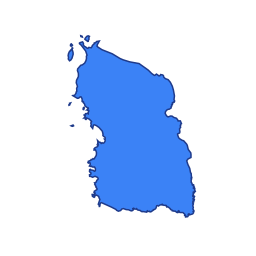 Sumbawa Barat, Nusa Tenggara Barat, Indonesia, rotated 344°
{"feature_id": "22746128B87271379033569", "entity_name": "Sumbawa Barat", "entity_type": "district", "adm_level": 2, "iso_a3": "IDN", "parent_name": "Indonesia", "parent_adm1": "Nusa Tenggara Barat", "projection": "natural_earth1", "projection_center": [116.899, -8.8], "detail": "fine", "context": "isolated", "style": "filled", "palette": "blue", "viewbox_px": 256, "rotation_deg": 344, "n_neighbors": 0, "source": "geoboundaries", "source_scale": "gbopen_adm2", "svg_char_len": 5770}
<svg xmlns="http://www.w3.org/2000/svg" viewBox="0 0 256 256"><g transform="rotate(344 128 128)"><path d="M124.4,36.5L121.6,36.2L120.2,37.2L119.1,36.9L118.7,37.7L116.4,38.9L116.1,39.6L114.8,40.7L112.5,39.7L111.4,40.4L110.8,40.1L109.6,38.4L108.6,37.6L108.0,35.6L108.5,34.4L108.1,32.7L105.4,32.7L104.7,33.0L104.6,33.6L105.8,35.4L108.5,42.3L108.7,46.7L107.8,47.5L107.3,49.6L106.2,51.6L104.2,53.7L101.6,54.7L99.8,54.7L95.9,57.3L95.2,58.9L95.4,61.5L94.9,63.6L94.4,65.0L91.7,67.9L90.7,70.3L90.9,73.2L90.7,74.3L90.9,74.2L91.1,74.1L89.6,75.6L88.9,78.6L88.0,79.2L87.7,80.2L85.7,81.8L84.6,82.0L84.2,81.5L83.8,81.6L87.5,85.5L88.8,85.7L90.7,84.9L91.3,85.0L91.6,85.6L91.9,87.5L91.2,89.8L91.4,90.1L91.9,89.9L92.4,90.8L92.1,91.4L92.8,92.8L92.8,95.0L94.9,97.8L95.2,97.4L95.1,97.0L95.2,98.4L93.5,99.3L94.3,99.5L94.2,99.9L95.0,100.3L95.1,100.8L94.3,101.6L93.7,103.4L92.9,102.6L91.8,102.9L91.1,102.5L90.3,103.5L89.4,103.4L89.4,103.9L90.2,104.4L90.0,105.2L88.7,106.1L89.5,106.1L89.6,106.7L90.1,106.8L89.4,107.3L89.5,108.0L90.1,108.2L90.8,107.3L91.3,107.3L93.0,108.6L94.5,111.0L94.7,111.9L94.1,112.2L93.6,113.2L93.6,114.7L92.7,115.9L93.9,118.7L95.5,115.8L96.4,115.6L98.1,116.8L100.3,119.5L102.4,124.0L102.3,127.0L101.8,128.2L102.2,129.3L103.1,130.2L103.4,131.3L102.9,132.3L102.3,132.2L102.8,133.2L102.3,134.4L101.1,135.5L100.2,135.8L99.2,135.3L98.8,134.5L98.8,135.4L98.0,135.5L97.5,134.2L96.4,133.7L95.3,131.7L95.2,133.3L94.5,134.7L94.9,134.9L94.8,136.1L94.4,136.5L93.9,136.2L94.0,137.1L93.5,137.5L90.9,137.9L89.6,138.7L89.3,139.9L90.6,140.0L90.9,141.3L90.9,143.1L90.0,145.5L86.9,148.4L86.2,148.3L85.9,147.8L84.8,148.4L83.9,148.1L83.3,148.8L80.6,149.1L80.5,149.9L80.0,150.1L80.2,150.8L81.7,150.9L82.0,151.4L81.6,152.8L80.4,153.9L81.7,154.8L82.5,154.7L82.7,155.3L83.5,155.9L85.1,156.3L85.5,158.2L84.8,160.1L83.8,160.3L82.8,159.0L81.1,158.3L80.3,157.3L79.7,157.5L79.8,158.2L79.2,158.5L79.0,159.0L79.2,159.9L79.9,160.6L79.9,161.5L79.4,162.2L78.1,162.3L77.8,163.9L78.7,164.2L80.4,165.6L83.0,165.3L85.1,167.1L85.4,168.3L84.9,169.2L83.7,169.6L82.4,171.3L80.9,171.5L81.2,171.9L80.5,172.9L81.0,174.0L80.7,174.4L81.2,175.9L80.9,176.2L81.5,177.6L81.2,178.6L78.2,179.5L78.1,180.4L77.8,180.2L77.5,180.7L77.9,181.2L78.3,181.2L78.3,181.9L76.1,182.9L75.7,182.1L75.2,182.0L75.0,183.9L76.3,185.3L77.2,184.9L77.2,184.0L77.6,183.6L79.2,183.8L81.0,185.7L80.9,187.0L81.3,188.9L78.4,193.1L78.6,193.7L79.2,194.2L78.8,195.5L79.1,195.6L79.6,194.9L79.9,193.9L80.9,192.6L81.9,192.4L90.3,199.5L94.0,203.0L94.3,203.9L95.8,205.3L98.2,205.3L99.7,204.2L101.4,204.2L103.7,205.9L106.1,206.8L107.7,208.2L108.8,208.7L109.9,208.5L110.5,208.1L110.4,206.8L111.2,206.6L111.7,207.0L111.7,207.6L113.6,208.3L114.1,208.0L114.5,209.3L117.2,210.8L117.7,211.8L118.6,212.4L119.1,212.3L122.7,214.0L123.1,213.3L123.8,213.0L124.0,213.7L125.7,214.0L125.9,214.6L126.9,214.9L129.6,214.0L129.9,213.5L130.4,213.7L132.1,213.3L133.0,212.5L134.1,210.7L135.0,210.7L135.8,211.4L137.1,210.9L139.8,210.8L139.7,211.5L140.6,211.6L141.1,212.2L143.1,212.8L143.2,213.5L143.5,213.5L143.6,214.7L144.4,214.6L145.4,215.8L146.5,217.4L146.4,218.0L147.8,219.3L147.8,219.8L148.2,219.7L149.2,220.6L150.4,220.9L151.5,222.4L152.0,222.4L152.1,222.9L152.8,223.0L153.3,221.7L153.9,221.5L154.3,222.1L154.2,223.1L154.7,223.6L157.5,224.4L158.9,226.8L158.4,227.6L158.9,227.8L158.8,229.1L159.4,228.8L159.6,229.5L160.9,229.7L161.5,229.2L162.1,228.2L162.0,227.6L162.4,227.3L163.2,227.5L163.3,228.5L166.5,228.4L167.7,227.5L167.6,226.2L168.6,226.0L168.1,223.7L168.9,222.3L168.8,220.7L169.8,219.2L169.4,218.7L170.3,218.0L169.8,217.5L169.9,216.9L170.6,216.0L170.8,216.5L171.4,216.3L171.2,215.8L172.1,215.1L171.9,214.3L171.0,214.6L171.0,213.8L172.4,213.0L172.4,212.0L172.9,212.3L173.1,212.1L172.4,211.3L171.5,211.5L171.5,211.1L171.9,210.5L172.4,210.9L172.5,209.4L173.2,208.9L172.8,208.4L173.1,207.7L174.2,208.1L174.3,207.3L175.2,207.4L175.0,205.5L175.5,205.0L174.5,204.0L175.4,203.6L175.5,203.0L174.7,202.7L175.4,201.2L174.5,200.8L174.9,200.4L174.2,200.0L174.2,198.4L173.8,197.8L174.4,195.3L175.2,194.4L174.8,193.5L175.7,193.1L175.6,191.9L176.1,189.6L176.2,188.9L175.8,188.4L176.2,183.8L175.5,179.5L175.4,175.7L177.2,174.3L180.4,173.7L181.2,171.1L181.5,169.2L180.0,165.2L180.2,161.0L179.9,159.6L178.0,155.6L176.5,154.6L174.5,152.3L174.0,151.2L173.8,148.3L174.1,147.3L176.2,147.0L176.8,146.1L177.3,143.0L178.8,141.8L178.8,140.3L179.3,140.1L179.6,138.9L180.6,138.6L180.3,135.6L178.1,135.0L178.1,134.2L177.3,132.0L174.9,130.4L173.6,128.7L172.1,128.2L169.9,128.4L169.1,128.0L168.3,126.6L167.8,124.2L168.5,122.7L170.1,121.5L171.7,121.1L172.9,121.3L175.0,120.6L175.4,119.3L176.3,118.8L176.3,117.7L177.2,117.6L177.4,116.2L177.8,115.9L178.4,116.2L178.9,115.6L179.5,115.9L180.2,115.1L180.3,114.3L180.0,113.5L181.5,110.0L182.1,104.1L182.1,100.0L181.3,95.7L179.9,92.6L177.6,90.9L176.7,89.6L176.4,88.9L176.5,87.5L176.0,86.6L174.1,85.6L173.2,86.5L172.2,86.5L170.2,84.0L168.2,84.8L167.4,84.2L165.7,82.0L163.4,77.9L156.4,69.1L147.9,64.9L142.2,61.2L139.5,59.0L133.3,52.3L124.6,45.6L121.6,42.2L120.8,40.9L121.4,39.5L124.4,36.5ZM96.0,37.3L95.5,36.7L94.3,37.4L94.4,37.7L93.9,38.1L93.0,38.1L91.3,40.1L90.4,41.9L90.3,43.7L89.6,45.2L90.3,47.3L91.6,47.0L93.4,45.5L95.6,42.0L96.0,40.2L96.0,37.3ZM115.1,28.4L113.5,28.6L111.4,30.1L111.0,30.9L113.2,33.7L113.7,33.7L114.0,32.9L115.0,31.9L115.3,30.3L116.2,29.3L115.1,28.4ZM96.7,31.5L96.0,31.7L95.5,32.5L95.4,33.1L95.9,33.7L96.8,33.7L97.5,33.1L96.7,31.5ZM90.5,98.1L91.6,96.6L91.3,96.0L90.8,96.1L90.2,97.0L90.0,97.8L90.5,98.1ZM76.3,110.9L76.0,110.0L73.9,110.2L74.8,111.0L75.5,111.1L76.3,110.9ZM78.3,89.8L79.1,88.6L78.6,88.5L77.5,89.5L77.5,89.9L78.3,89.8ZM109.2,28.0L109.2,27.2L108.0,26.3L107.9,27.1L109.2,28.0ZM96.4,36.3L96.9,36.0L96.8,35.7L96.3,35.7L96.4,36.3ZM79.7,88.1L79.1,88.1L79.3,88.5L79.7,88.1Z" fill="#3b82f6" stroke="#1e3a8a" stroke-width="1.5"/></g></svg>